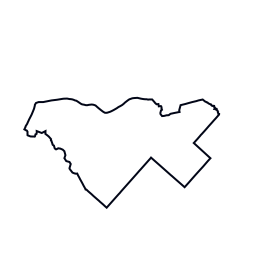 the district of Tomes pag., Keguma, Latvia, rotated 316°
{"feature_id": "27541924B49923390023090", "entity_name": "Tomes pag.", "entity_type": "district", "adm_level": 2, "iso_a3": "LVA", "parent_name": "Latvia", "parent_adm1": "Keguma", "projection": "albers", "projection_center": [24.641, 56.746], "detail": "fine", "context": "isolated", "style": "outline", "palette": "ink", "viewbox_px": 256, "rotation_deg": 316, "n_neighbors": 0, "source": "geoboundaries", "source_scale": "gbopen_adm2", "svg_char_len": 4686}
<svg xmlns="http://www.w3.org/2000/svg" viewBox="0 0 256 256"><g transform="rotate(316 128 128)"><path d="M110.9,77.6L110.2,74.2L109.8,72.5L109.0,71.3L108.5,70.0L107.8,68.7L106.9,67.5L106.0,66.5L104.6,64.5L101.8,62.0L96.6,58.4L92.1,55.0L85.1,50.5L81.8,47.3L79.2,46.1L77.2,46.6L76.5,47.2L73.9,48.8L71.7,49.8L68.0,51.4L65.4,52.3L62.7,53.2L61.0,53.9L59.6,54.4L58.6,54.9L56.5,55.4L55.4,55.7L54.9,56.1L52.5,57.0L53.0,58.6L53.0,58.8L53.1,59.0L53.3,59.2L53.4,59.5L53.4,59.8L53.1,60.9L52.3,61.7L52.1,61.9L52.0,62.0L50.7,63.4L50.7,63.5L51.1,64.4L51.2,64.6L51.5,65.3L52.1,66.5L53.2,67.6L54.3,68.7L54.9,69.4L55.2,69.4L56.3,68.8L57.0,68.3L58.1,68.7L59.5,67.6L60.2,66.8L62.4,71.5L62.5,71.7L66.5,72.9L66.3,73.1L64.5,74.8L64.7,76.2L64.9,77.4L65.0,78.5L65.1,79.1L65.0,80.3L65.0,81.1L64.9,82.6L64.1,83.1L63.9,83.5L64.0,84.1L63.7,84.7L63.2,85.6L63.2,85.8L63.1,86.0L62.9,86.3L62.8,86.6L62.7,86.9L62.5,87.2L62.2,87.5L62.2,88.2L62.5,89.2L61.1,91.8L61.4,93.4L63.3,94.1L63.7,94.1L64.6,95.3L64.9,95.6L66.0,98.2L66.1,100.5L64.1,104.1L61.3,105.5L60.6,108.9L62.3,111.8L61.8,114.1L58.1,116.2L57.8,116.5L57.7,116.6L57.6,117.3L57.5,117.7L57.4,118.5L57.4,119.0L57.3,119.3L57.2,120.8L57.1,121.1L57.1,121.3L57.1,121.5L57.3,122.0L57.6,122.7L58.1,123.7L58.4,124.1L58.5,124.3L58.7,124.5L58.8,124.7L59.0,124.8L59.4,125.2L59.6,125.4L59.8,125.5L59.5,126.5L59.2,127.2L58.6,129.5L57.9,131.8L57.3,134.1L56.7,136.3L56.0,138.6L55.4,140.9L55.2,141.6L54.9,142.4L55.0,142.4L55.1,142.5L55.2,143.5L55.3,143.7L55.3,143.8L55.4,146.0L55.8,150.3L55.9,152.7L56.3,157.4L56.6,160.7L56.6,161.6L56.7,162.6L56.8,163.6L56.9,164.6L56.9,164.8L56.9,165.0L56.9,165.3L57.0,165.5L57.1,168.0L57.3,170.5L59.9,170.3L62.5,170.1L65.1,169.9L67.7,169.7L70.3,169.5L72.9,169.3L74.3,169.2L75.7,169.1L76.2,169.1L76.6,169.1L79.2,168.8L81.8,168.6L84.4,168.4L87.0,168.2L89.6,168.0L92.2,167.8L94.8,167.6L97.4,167.4L100.0,167.2L102.6,167.0L104.9,166.8L107.2,166.6L107.5,166.6L107.8,166.6L110.4,166.4L113.0,166.2L115.6,166.0L118.2,165.8L120.8,165.6L123.4,165.4L124.0,165.3L124.4,170.4L124.9,176.5L125.3,181.6L125.7,186.8L126.1,192.0L126.2,192.7L126.6,197.8L127.0,202.4L127.4,207.1L127.6,209.9L133.5,209.5L139.4,209.0L144.5,208.6L150.3,208.2L153.7,208.0L155.3,207.9L160.7,207.4L160.9,207.4L161.0,207.4L161.6,207.3L166.3,207.0L165.6,195.8L164.9,184.5L165.3,184.5L166.4,184.4L167.7,184.3L170.9,184.1L171.6,184.0L174.1,183.8L175.6,183.6L176.6,183.6L176.8,183.6L181.2,183.3L184.8,183.0L186.9,182.8L192.5,182.4L194.8,182.2L198.1,182.0L202.6,181.6L202.8,181.6L203.1,181.4L203.3,181.2L203.1,181.0L203.1,180.7L202.9,180.5L203.1,180.2L203.3,179.7L203.4,179.3L203.9,179.0L203.9,178.9L204.0,178.7L204.2,178.2L204.3,178.1L204.4,177.8L204.3,177.7L204.3,177.3L204.3,177.2L204.4,176.7L204.6,176.5L204.6,176.3L205.0,176.0L205.1,175.8L205.1,175.7L204.8,175.5L204.5,175.7L204.2,175.8L204.1,175.7L204.3,175.5L204.3,175.3L204.3,175.0L204.2,174.8L204.2,174.6L204.3,174.5L204.4,174.3L204.1,174.3L203.5,174.4L203.4,174.3L203.9,174.1L204.0,174.1L204.2,173.9L204.3,173.8L204.3,173.7L204.4,173.4L204.4,173.2L204.6,172.7L205.0,172.2L205.3,171.9L205.1,171.6L204.8,171.4L204.7,171.3L204.6,171.1L204.4,171.1L204.1,170.8L204.0,170.5L204.0,170.4L203.8,170.2L203.8,169.7L203.8,169.4L204.0,169.1L204.0,168.9L203.9,168.7L204.0,168.4L203.9,168.3L203.8,168.2L203.7,168.2L203.6,167.9L203.4,167.4L203.2,166.8L203.0,166.4L202.9,165.7L202.9,165.4L202.9,164.8L202.7,164.6L202.6,164.4L202.4,164.2L202.4,163.7L202.2,163.4L202.1,163.0L201.9,162.7L201.5,159.4L198.0,157.2L195.8,156.1L194.8,155.5L192.1,153.9L189.0,152.2L185.8,150.5L184.1,149.5L181.7,148.1L177.5,150.6L177.1,150.9L177.1,151.0L176.6,151.7L176.2,152.3L175.6,151.9L175.1,151.5L174.4,151.1L172.1,149.6L171.3,149.1L168.4,147.3L166.4,147.1L166.1,147.0L164.5,145.6L163.4,145.0L162.4,144.4L162.0,144.1L160.8,143.1L160.9,142.3L161.0,140.8L161.2,140.3L161.8,139.6L163.8,138.4L165.1,138.5L165.3,138.0L165.2,137.8L165.3,137.5L165.9,137.2L166.5,136.3L166.9,135.6L166.9,135.1L166.4,134.7L166.0,134.4L165.2,133.8L165.8,132.9L166.5,131.9L166.1,131.6L165.7,131.3L165.6,131.2L165.2,130.9L165.0,130.7L164.9,128.5L165.0,128.2L165.2,124.3L164.5,123.6L163.8,122.9L162.9,122.0L162.2,121.6L161.4,120.3L159.9,118.8L158.8,117.4L157.7,115.9L155.7,112.8L154.6,111.9L153.3,110.8L152.4,110.1L151.7,109.6L150.8,109.2L148.9,108.3L147.1,108.0L145.4,107.8L143.5,107.6L141.7,107.6L139.7,107.4L137.3,106.8L135.7,106.3L133.7,106.0L132.1,105.6L130.1,105.1L129.1,104.8L127.8,104.4L126.4,103.9L125.7,103.6L125.2,103.3L123.9,102.7L122.8,101.9L122.0,101.0L121.9,100.8L121.4,99.0L121.0,96.5L120.6,93.2L120.4,90.9L120.3,89.3L119.8,88.2L119.1,87.0L118.2,85.9L116.0,84.2L114.4,83.2L113.4,82.1L112.7,80.9L111.9,79.8L111.3,78.9L110.9,77.6Z" fill="none" stroke="#020617" stroke-width="2"/></g></svg>